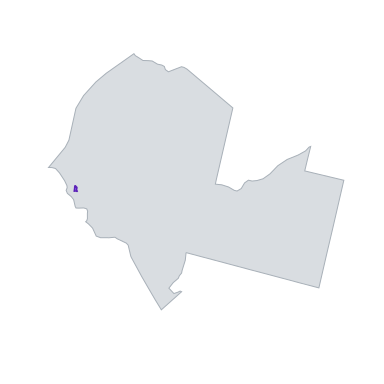 El Adelanto, Jutiapa, Guatemala (highlighted), rotated 103°
{"feature_id": "79465075B13602510028618", "entity_name": "El Adelanto", "entity_type": "district", "adm_level": 2, "iso_a3": "GTM", "parent_name": "Guatemala", "parent_adm1": "Jutiapa", "projection": "natural_earth1", "projection_center": [-89.854, 14.18], "detail": "fine", "context": "in_parent", "style": "filled", "palette": "violet", "viewbox_px": 384, "rotation_deg": 103, "n_neighbors": 0, "source": "geoboundaries", "source_scale": "gbopen_adm2", "svg_char_len": 2093}
<svg xmlns="http://www.w3.org/2000/svg" viewBox="0 0 384 384"><g transform="rotate(103 192 192)"><path d="M70.3,279.7L71.9,277.9L73.3,273.7L74.9,269.4L73.9,264.4L73.3,260.3L75.2,254.4L75.1,250.0L75.9,247.2L78.7,245.5L80.2,242.1L72.3,230.4L72.4,227.8L73.4,224.5L79.8,212.1L87.4,197.3L95.8,181.0L100.9,171.1L119.2,171.1L131.4,171.1L146.8,171.1L163.5,171.1L174.5,171.1L179.1,171.0L178.3,164.6L178.9,157.5L180.9,151.1L180.9,148.3L177.6,144.8L171.3,142.8L167.8,139.7L167.8,135.9L166.2,131.2L163.1,125.7L156.8,120.1L147.1,114.3L138.9,106.6L132.1,96.9L126.4,90.6L121.9,88.0L120.9,86.6L133.8,86.8L146.1,86.9L146.2,73.0L146.3,60.6L146.4,46.7L168.6,46.7L195.1,46.7L222.6,46.8L244.2,46.8L256.9,46.8L256.4,64.1L255.7,84.1L255.2,98.8L254.6,118.5L253.9,138.6L253.0,166.0L252.4,183.7L252.7,184.1L260.0,183.2L270.7,184.0L273.3,183.9L276.5,185.5L279.1,185.9L284.5,189.9L290.9,192.9L295.0,186.8L292.8,183.2L291.2,181.3L291.5,179.7L313.7,195.4L311.1,197.9L305.4,203.5L295.2,213.1L286.0,221.7L277.2,229.5L269.3,236.5L268.3,237.2L258.2,242.2L256.6,244.5L254.4,254.4L253.4,256.9L255.2,262.4L257.1,270.9L256.5,275.4L249.5,280.8L246.3,285.8L244.9,288.9L243.7,288.1L241.5,287.9L236.5,289.1L234.1,289.4L232.1,290.8L231.9,293.9L233.2,298.8L233.7,301.4L232.3,302.6L226.1,305.6L223.7,308.5L221.4,313.1L218.7,315.0L215.9,314.6L213.9,315.3L209.6,318.7L203.2,325.4L199.8,330.3L199.7,334.0L200.4,337.3L177.0,325.6L169.2,323.6L136.5,323.9L122.4,319.3L106.4,310.4L95.6,302.3L70.3,279.7Z" fill="#d9dde1" stroke="#a8b0b8" stroke-width="1"/><path d="M213.6,307.4L215.8,307.1L216.3,307.1L216.7,307.1L217.7,306.9L217.6,306.6L217.5,306.4L217.3,306.0L217.2,305.7L217.2,305.1L217.3,304.3L217.3,304.2L217.2,304.1L216.9,304.5L216.8,304.4L216.7,304.3L216.4,304.4L216.3,304.5L216.2,304.7L215.9,304.8L215.7,305.0L215.1,305.1L214.8,305.1L214.3,305.0L214.2,305.0L213.9,305.2L213.6,305.1L213.2,305.4L213.0,305.8L212.6,306.4L212.5,306.5L212.2,307.0L212.2,307.3L212.3,307.4L212.5,307.3L212.7,307.2L212.7,307.3L212.9,307.4L213.0,307.3L213.3,307.4L213.5,307.2L213.5,307.3L213.6,307.4Z" fill="#8b5cf6" stroke="#5b21b6" stroke-width="1.5"/></g></svg>